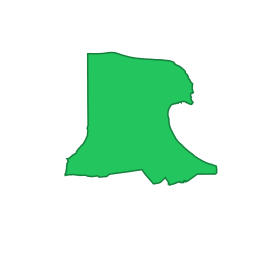 the district of Sechura, Piura, Peru, rotated 149°
{"feature_id": "86281439B13089313750619", "entity_name": "Sechura", "entity_type": "district", "adm_level": 2, "iso_a3": "PER", "parent_name": "Peru", "parent_adm1": "Piura", "projection": "natural_earth1", "projection_center": [-80.698, -5.861], "detail": "fine", "context": "isolated", "style": "filled", "palette": "green", "viewbox_px": 256, "rotation_deg": 149, "n_neighbors": 0, "source": "geoboundaries", "source_scale": "gbopen_adm2", "svg_char_len": 5507}
<svg xmlns="http://www.w3.org/2000/svg" viewBox="0 0 256 256"><g transform="rotate(149 128 128)"><path d="M200.6,117.1L198.8,116.3L198.2,115.9L197.8,115.4L196.7,114.5L196.1,114.1L195.5,113.6L194.3,112.8L193.7,112.1L193.0,111.9L192.7,111.8L192.4,111.5L192.1,111.3L189.6,110.0L189.2,109.7L188.4,109.1L188.2,108.7L187.8,108.0L186.6,106.9L186.4,106.7L185.3,106.0L184.8,105.5L184.1,105.0L183.6,104.7L183.0,104.6L182.8,104.5L182.1,104.1L180.5,103.4L180.1,103.2L179.3,103.1L179.1,103.0L178.9,102.8L178.8,102.6L177.9,100.8L177.8,100.6L177.6,100.4L176.8,100.3L176.3,100.0L176.0,99.8L175.5,99.5L173.7,98.7L172.6,98.1L171.8,97.6L171.0,97.6L170.5,97.5L170.1,97.5L169.3,97.8L168.4,97.8L167.8,98.0L149.9,90.3L142.1,87.1L137.5,85.1L137.1,79.6L134.9,67.0L132.8,66.1L129.4,64.9L128.0,64.8L121.7,66.2L121.8,66.0L121.5,64.3L121.5,63.3L121.4,62.6L121.2,62.0L121.2,61.8L121.5,60.6L121.5,59.9L121.4,59.4L122.2,59.2L121.9,58.7L121.9,57.8L120.5,57.4L116.0,56.2L115.3,56.1L115.3,56.4L114.3,56.2L110.9,55.0L111.1,54.7L110.5,54.5L110.6,53.7L110.1,53.6L109.5,53.3L109.3,53.1L108.5,52.6L108.4,52.8L108.4,53.0L107.7,53.3L107.6,53.6L107.3,53.7L106.9,54.0L106.7,53.8L106.4,53.6L106.1,53.5L106.0,53.4L105.9,53.2L106.0,53.1L106.4,53.2L106.5,52.2L103.6,51.8L92.4,52.8L76.9,43.6L76.7,43.6L75.1,43.9L73.0,47.4L72.9,47.7L72.0,49.8L72.6,50.6L73.2,51.4L73.8,52.0L74.6,53.0L74.9,53.6L75.1,53.8L75.5,54.1L76.3,54.9L76.9,55.3L77.1,55.6L77.2,55.9L77.5,56.3L77.9,56.7L78.3,57.2L78.6,57.6L79.9,59.4L80.2,60.0L80.5,60.3L81.1,61.3L81.5,62.1L82.1,63.0L82.2,63.3L82.7,64.3L83.3,65.1L83.5,65.4L83.7,65.9L84.0,66.7L84.7,67.8L85.7,70.2L85.7,70.4L85.9,71.2L86.3,72.5L86.4,72.8L86.5,73.0L87.0,74.0L87.7,75.8L88.0,76.5L88.1,77.0L88.5,77.9L88.5,78.2L88.7,78.5L88.9,79.3L89.0,79.7L89.3,80.1L89.6,81.3L89.7,81.9L90.0,82.7L90.2,83.2L90.4,84.6L90.7,85.8L90.8,86.3L91.1,86.9L91.3,87.7L91.6,88.6L91.8,89.0L92.0,90.0L92.1,90.4L92.2,91.0L92.3,92.5L92.4,93.5L92.5,94.2L92.5,95.3L92.4,96.1L92.4,96.6L92.3,98.0L92.3,99.7L92.2,100.7L92.1,101.1L92.1,101.8L92.0,104.1L91.7,106.3L91.4,107.4L91.3,107.8L91.1,108.9L90.9,109.6L89.7,112.2L89.6,112.7L89.4,112.8L89.1,113.3L89.0,113.6L88.7,113.9L88.7,114.1L88.0,115.6L87.6,117.5L87.2,118.3L86.9,118.9L86.6,119.5L86.3,119.9L85.9,120.5L85.5,120.9L85.0,121.6L83.9,122.7L83.5,122.9L82.9,123.5L82.0,124.1L81.1,124.5L80.1,125.1L79.2,125.4L78.9,125.5L77.7,125.5L77.0,125.3L76.8,125.2L76.7,125.0L76.3,125.1L76.0,125.2L75.7,125.2L75.4,125.1L75.4,124.9L75.3,124.7L74.9,124.5L74.5,124.2L73.5,124.3L73.0,124.3L72.7,124.2L72.5,123.9L72.5,123.5L72.3,123.3L70.9,123.8L70.5,123.8L70.4,123.7L70.0,123.2L69.7,123.2L69.3,122.9L69.2,122.8L69.2,122.5L68.8,122.9L68.0,122.9L67.7,122.8L67.4,122.6L66.7,122.0L66.3,121.8L66.0,121.6L65.1,120.7L65.0,120.4L65.0,119.9L64.9,119.6L64.7,119.5L64.4,119.4L63.8,118.4L63.2,117.3L63.1,117.2L62.9,117.2L62.8,116.8L61.9,116.0L61.6,115.9L61.5,115.6L61.4,115.5L61.1,115.5L60.9,115.6L60.7,115.9L60.4,115.9L60.3,116.0L60.1,116.0L59.7,116.2L59.6,116.3L59.5,116.5L59.3,116.5L59.2,116.5L59.3,116.8L59.1,117.0L59.1,117.4L59.2,117.9L59.3,118.5L59.3,118.9L59.0,119.7L59.0,120.5L58.6,121.3L58.3,121.7L58.1,121.7L58.0,121.8L57.8,121.9L58.0,122.2L57.8,122.9L57.7,123.4L57.2,124.2L56.9,124.7L56.5,125.0L55.9,125.2L55.6,125.2L55.2,124.7L54.6,124.6L54.3,124.8L53.7,124.9L53.5,125.0L53.6,125.4L53.4,126.7L53.0,127.6L52.9,128.3L52.8,128.5L52.1,129.6L51.4,130.7L51.1,131.1L50.7,131.4L49.8,132.7L50.0,133.2L50.4,134.2L50.5,135.0L50.4,135.6L50.5,135.9L50.4,136.3L50.3,137.0L50.3,138.0L50.4,138.3L50.4,138.8L50.5,139.6L50.5,140.1L50.3,140.6L50.0,141.0L50.1,141.8L49.9,142.1L49.8,142.3L49.9,143.4L50.4,145.2L50.4,146.0L50.1,146.5L49.9,146.7L49.9,147.1L49.8,147.5L49.9,147.8L50.5,150.1L50.7,150.5L50.8,150.9L51.2,152.3L51.6,153.2L52.0,154.0L52.6,155.1L53.3,156.0L54.1,157.1L54.4,157.5L54.4,158.1L54.9,158.9L55.0,159.2L55.0,159.4L54.8,159.7L54.8,160.0L55.0,160.3L55.2,161.2L56.0,162.2L56.3,162.5L56.5,162.8L57.2,163.6L58.1,164.5L59.1,165.2L59.6,165.6L60.6,166.3L61.3,166.9L61.8,167.2L62.6,167.8L63.2,168.4L63.9,168.9L66.0,170.3L70.1,172.9L70.8,173.4L71.1,173.7L72.9,175.0L76.4,177.3L79.7,179.6L82.1,181.4L83.0,182.1L83.5,182.4L86.2,184.5L88.7,186.7L90.0,187.9L90.3,188.1L91.0,188.8L91.8,189.7L92.8,190.7L94.7,192.7L96.3,194.5L97.5,195.9L97.8,196.3L99.1,197.8L100.6,199.3L102.0,200.3L103.2,201.2L105.8,202.5L107.6,203.3L110.0,204.3L112.5,205.5L115.6,207.2L118.8,209.1L122.8,211.6L124.3,212.4L134.1,196.0L135.9,193.0L137.9,189.5L142.0,182.7L142.9,181.1L145.2,177.4L148.1,172.4L149.2,170.6L160.1,152.1L161.0,150.7L161.2,150.4L161.9,150.0L163.1,148.8L163.2,148.6L163.4,147.9L163.6,146.7L163.8,146.2L164.5,145.5L165.1,144.7L166.0,143.3L167.0,142.2L167.9,141.5L169.3,140.6L169.8,140.2L172.1,138.7L174.0,137.7L175.3,137.2L177.3,136.8L179.3,136.1L180.9,135.7L182.7,135.0L183.6,134.6L184.5,134.1L185.0,133.5L185.4,133.2L185.8,133.1L186.3,133.1L187.7,133.2L188.9,133.2L190.0,133.1L192.4,132.6L193.7,132.5L195.1,132.5L196.1,133.0L196.0,132.5L196.1,132.0L196.4,131.0L196.4,130.5L196.5,130.2L196.6,129.8L196.8,129.7L197.4,129.6L197.7,129.2L197.9,129.1L198.1,129.1L198.5,129.1L198.8,128.6L199.0,128.2L199.3,127.9L199.9,127.4L200.1,126.8L200.2,126.7L200.4,126.6L200.5,126.5L200.7,126.2L201.0,125.5L201.3,125.1L201.5,124.8L201.8,124.6L202.2,123.9L202.4,123.6L202.8,123.6L202.9,123.2L203.0,123.1L203.8,122.4L204.0,121.9L204.4,121.4L204.8,121.2L205.2,121.2L205.5,121.0L205.5,120.8L205.8,120.6L205.8,120.3L206.2,119.7L204.7,119.2L203.9,118.8L203.0,118.4L202.6,118.4L202.4,118.3L201.2,117.4L200.6,117.1Z" fill="#22c55e" stroke="#15803d" stroke-width="1.5"/></g></svg>